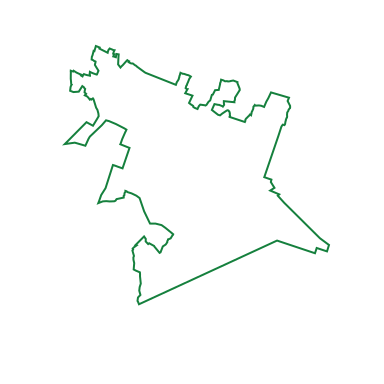 Oxkutzcab, Yucatán, Mexico (orthographic projection), rotated 283°
{"feature_id": "50627088B96232623294583", "entity_name": "Oxkutzcab", "entity_type": "district", "adm_level": 2, "iso_a3": "MEX", "parent_name": "Mexico", "parent_adm1": "Yucatán", "projection": "orthographic", "projection_center": [-89.442, 20.14], "detail": "fine", "context": "isolated", "style": "outline", "palette": "green", "viewbox_px": 384, "rotation_deg": 283, "n_neighbors": 0, "source": "geoboundaries", "source_scale": "gbopen_adm2", "svg_char_len": 5913}
<svg xmlns="http://www.w3.org/2000/svg" viewBox="0 0 384 384"><g transform="rotate(283 192 192)"><path d="M171.2,337.4L175.7,327.1L202.2,284.3L207.7,276.4L209.3,277.5L211.0,267.9L214.6,271.4L219.4,266.6L221.9,266.6L222.7,259.1L266.6,263.6L275.7,264.4L276.4,264.6L277.2,264.9L277.6,265.1L277.9,265.3L278.1,265.4L277.9,266.9L278.3,267.2L279.0,267.4L282.0,267.2L282.6,267.4L283.3,267.2L283.7,267.3L285.2,267.4L285.8,267.8L287.1,267.7L288.6,267.2L288.9,267.2L290.9,266.9L292.8,267.6L293.8,267.6L295.4,268.3L295.7,268.6L296.5,268.6L298.0,268.2L302.2,264.7L305.7,265.3L306.8,246.6L300.4,245.2L296.8,244.1L291.1,243.1L291.6,240.1L291.4,237.7L290.4,234.3L290.9,233.6L289.1,232.8L289.0,232.7L288.8,232.7L288.5,232.7L288.1,232.8L287.8,232.9L286.4,232.9L284.6,232.5L284.3,232.5L283.4,232.2L283.2,232.2L282.9,232.2L282.3,232.2L282.1,232.3L281.6,232.3L280.8,232.3L280.1,232.3L280.4,231.6L280.6,231.1L280.2,230.9L279.8,230.7L279.4,230.5L278.9,230.3L278.0,229.6L277.6,229.4L276.9,229.0L276.7,228.9L276.2,228.5L275.9,228.3L275.6,228.2L275.0,227.9L274.6,227.8L274.3,227.8L274.1,227.8L273.2,228.0L272.8,227.9L272.3,227.7L272.1,227.7L273.6,211.7L274.1,211.6L274.3,211.7L274.5,212.0L274.8,211.9L275.4,211.7L275.6,211.6L275.9,211.5L276.5,211.2L277.3,211.2L277.8,210.8L278.5,210.5L278.9,210.2L279.0,209.7L279.3,209.5L279.4,209.4L279.5,209.3L279.6,209.0L279.7,208.7L279.6,208.2L279.3,207.7L278.5,206.9L275.1,203.7L273.0,202.1L273.1,200.0L276.4,192.9L282.7,194.1L282.8,197.8L283.0,198.7L282.4,202.6L282.2,202.9L284.2,203.7L285.9,203.0L287.7,202.6L289.0,213.1L289.9,212.8L291.3,213.1L293.7,212.7L302.1,215.6L303.5,215.1L308.4,211.7L309.3,211.6L309.9,207.1L308.8,204.6L308.4,204.0L307.8,202.2L307.9,201.2L307.3,199.3L307.8,197.6L308.0,195.1L305.7,195.2L304.3,194.9L303.7,195.1L302.7,195.1L297.5,195.1L296.4,191.6L291.6,190.4L291.1,189.5L286.1,189.2L285.3,189.1L283.6,187.8L280.1,186.5L279.3,185.7L279.4,185.1L279.0,180.4L277.5,179.5L277.0,179.3L274.1,178.7L274.6,175.6L275.2,174.1L276.1,173.8L276.5,172.9L277.2,170.9L278.1,169.1L286.0,170.8L286.7,163.2L289.9,164.1L291.2,164.5L291.1,163.7L291.8,162.4L292.6,162.5L293.0,162.5L293.7,162.5L294.4,162.6L294.8,162.9L295.3,162.9L295.5,163.0L295.8,163.0L296.3,163.0L296.5,163.0L296.9,163.1L297.6,163.3L297.8,163.3L298.2,163.4L299.7,163.6L300.1,163.7L300.7,163.7L301.5,163.9L302.1,164.0L302.3,164.1L302.8,164.4L303.3,164.6L303.6,164.7L304.2,164.9L304.3,164.4L304.5,164.1L304.6,163.7L304.9,162.6L305.0,162.1L305.0,161.9L305.0,161.7L305.0,160.9L305.0,160.2L305.1,159.6L305.2,158.7L305.3,158.0L305.3,157.5L305.2,157.0L305.1,156.5L305.2,155.9L305.4,155.0L305.4,154.5L305.4,154.3L305.5,154.0L305.1,154.0L304.8,153.9L304.6,154.0L304.3,153.9L304.1,153.9L303.5,153.9L302.3,153.7L302.0,153.7L301.2,153.7L300.9,153.8L300.6,153.7L300.2,153.7L299.8,153.6L299.4,153.7L299.1,153.7L298.6,153.6L298.3,153.5L297.7,153.3L296.3,152.8L295.6,152.5L295.2,152.4L294.5,152.4L292.8,152.2L297.7,119.8L298.2,118.5L301.7,110.3L302.4,109.2L302.7,108.0L303.9,105.4L303.6,104.0L303.6,103.6L303.7,103.0L303.8,102.6L304.0,102.1L304.1,101.5L304.3,101.0L305.2,101.3L305.4,100.3L305.6,100.0L305.9,99.3L304.6,98.5L300.0,96.0L298.4,94.9L298.1,94.8L297.6,94.5L297.2,94.3L299.7,91.3L306.9,90.0L309.6,89.6L309.5,87.3L307.8,87.4L306.2,87.5L306.3,86.6L306.4,85.6L306.4,84.8L307.1,84.9L307.5,85.0L308.0,85.1L308.4,85.2L308.8,85.2L309.0,84.1L310.9,84.2L312.7,84.6L312.6,83.3L312.7,83.0L312.9,82.0L313.1,80.6L313.3,79.5L311.7,78.7L310.3,78.5L308.7,78.5L310.9,69.5L312.0,69.6L312.6,65.5L307.3,65.2L307.4,64.4L302.7,64.3L301.3,64.0L298.5,64.4L298.4,65.0L298.3,65.5L298.2,66.1L298.0,66.5L297.8,66.8L297.6,67.3L297.6,68.0L297.4,68.7L296.4,68.8L295.9,68.8L295.7,68.8L294.8,68.7L294.3,68.8L294.0,68.8L292.4,70.3L289.1,73.6L287.5,73.3L285.5,73.0L285.4,73.0L285.0,72.8L285.0,72.4L285.2,70.5L285.3,69.6L285.6,67.6L285.9,66.3L286.1,65.5L285.3,65.6L284.5,65.6L283.3,66.1L282.6,66.4L282.3,66.4L282.4,65.5L282.3,64.1L282.3,63.9L282.3,63.4L282.4,61.4L282.4,61.0L282.6,60.2L282.1,59.9L281.3,59.5L280.9,59.5L280.0,59.3L280.6,57.5L281.4,57.6L281.9,54.8L282.4,52.5L282.8,51.4L283.5,49.4L282.7,49.2L282.7,48.3L282.8,47.3L282.9,46.6L282.3,46.7L281.6,46.9L281.0,47.1L279.5,47.4L275.9,48.2L275.0,48.4L272.4,49.3L270.7,49.8L269.6,50.2L269.5,50.6L268.6,50.3L267.5,50.1L266.5,50.1L263.2,50.5L262.7,54.0L264.3,59.1L270.5,61.3L270.2,62.0L269.9,62.8L269.7,63.1L269.1,63.7L268.9,63.8L268.4,64.7L266.6,64.7L264.9,64.9L263.8,66.8L263.2,66.5L262.7,66.1L262.1,65.8L261.8,67.2L261.6,68.1L261.3,68.7L260.5,69.9L259.0,71.7L259.9,72.5L259.5,73.3L260.9,74.4L260.2,75.2L252.6,79.6L250.7,81.4L247.5,83.1L244.9,84.0L242.2,83.2L234.3,80.6L235.8,75.2L236.3,73.5L210.1,57.3L213.7,66.7L213.1,77.7L220.5,79.2L223.0,80.0L236.8,89.1L242.5,92.1L242.4,94.3L242.5,94.7L242.1,96.9L241.1,102.6L238.8,111.7L238.0,114.1L236.4,113.8L235.3,113.5L227.9,112.1L223.3,111.6L222.4,111.4L221.3,118.5L220.9,121.2L199.4,119.0L200.0,113.6L200.2,112.4L200.5,108.9L176.3,106.9L168.6,104.2L162.2,103.5L160.1,103.2L162.8,107.2L163.8,110.5L164.3,114.0L165.5,118.4L166.3,119.4L168.1,120.1L171.2,126.7L172.9,126.3L173.6,126.8L175.7,126.5L177.3,127.1L178.1,126.9L178.0,128.1L177.4,129.1L177.1,133.0L177.0,133.7L175.9,138.6L174.3,142.3L162.4,149.7L151.8,158.2L153.0,163.5L152.9,169.8L151.1,174.1L146.6,183.2L145.9,183.1L145.6,182.8L142.0,181.6L140.5,179.5L140.4,179.3L139.8,179.4L139.0,179.1L138.3,179.0L137.5,179.2L136.2,178.7L135.4,178.4L134.8,178.1L132.4,175.8L126.1,174.9L125.4,174.1L130.3,167.7L130.9,167.2L132.4,161.8L131.4,161.0L133.4,158.0L135.9,157.5L137.9,155.3L127.6,148.9L127.5,150.0L126.8,149.4L125.0,147.8L123.5,146.9L122.6,147.6L121.6,147.1L120.3,147.8L116.7,149.8L116.1,149.8L115.1,149.6L112.8,150.2L109.7,151.7L104.1,152.5L103.4,152.6L102.8,154.8L102.0,159.3L100.1,159.9L98.2,160.3L91.2,162.7L87.6,162.4L84.0,162.8L80.1,164.9L77.1,163.1L73.6,163.4L72.9,164.1L70.7,165.6L110.2,216.6L163.8,285.8L160.0,325.6L165.5,326.1L164.5,336.9L171.2,337.4Z" fill="none" stroke="#15803d" stroke-width="2"/></g></svg>